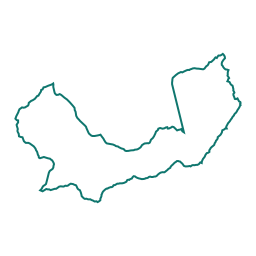 outline of Silvanópolis, Tocantins, Brazil
{"feature_id": "56859067B70110424139834", "entity_name": "Silvanópolis", "entity_type": "district", "adm_level": 2, "iso_a3": "BRA", "parent_name": "Brazil", "parent_adm1": "Tocantins", "projection": "orthographic", "projection_center": [-47.989, -11.112], "detail": "fine", "context": "isolated", "style": "outline", "palette": "teal", "viewbox_px": 256, "rotation_deg": 0, "n_neighbors": 0, "source": "geoboundaries", "source_scale": "gbopen_adm2", "svg_char_len": 5326}
<svg xmlns="http://www.w3.org/2000/svg" viewBox="0 0 256 256"><path d="M40.2,190.3L42.6,191.3L44.7,190.0L46.3,189.0L47.8,189.4L49.3,189.4L50.6,190.1L53.2,189.3L54.7,188.8L56.1,188.8L57.2,188.1L59.0,186.7L60.6,186.3L62.5,186.5L63.8,186.5L65.3,185.7L66.9,185.9L68.1,185.5L69.3,184.5L70.7,183.7L71.9,183.9L73.1,184.1L74.4,184.8L75.9,185.2L76.6,186.3L77.1,187.5L77.6,188.6L78.5,189.5L79.9,190.2L80.4,191.4L80.8,192.4L81.1,193.5L81.4,194.6L81.7,196.2L82.8,197.3L83.8,198.3L84.9,198.9L86.4,198.7L88.0,199.3L89.3,199.3L90.4,199.3L91.4,200.0L92.9,200.5L94.6,201.5L96.5,201.3L97.6,202.1L98.9,201.4L100.3,200.3L100.4,198.5L101.0,197.4L101.5,195.9L101.5,194.6L102.1,193.7L102.4,192.6L103.1,191.5L104.0,190.6L105.2,189.5L106.5,188.6L107.6,188.6L108.4,187.9L109.5,187.6L110.6,187.1L111.8,187.1L112.7,186.6L113.6,185.2L114.9,185.1L115.9,184.5L117.2,183.7L118.7,183.7L119.7,183.3L121.0,183.3L122.2,183.3L123.7,183.0L125.1,182.4L126.4,181.7L127.2,180.1L128.3,179.7L129.3,179.9L130.3,179.0L131.8,178.6L132.5,177.3L133.6,176.2L135.0,176.4L136.3,177.4L137.4,177.9L138.8,178.4L140.2,178.7L141.7,179.1L143.5,179.0L144.9,178.7L145.8,178.2L147.0,178.1L148.0,177.7L149.0,176.9L150.1,176.6L151.3,177.0L152.8,177.0L154.1,176.6L155.5,176.5L156.6,176.0L157.9,174.6L159.5,173.3L160.7,172.6L162.4,172.2L164.3,172.3L165.3,171.7L166.2,170.9L167.4,170.0L168.4,168.9L169.3,168.4L170.3,167.8L170.6,166.8L171.6,165.6L172.9,164.5L174.0,163.3L174.9,162.5L175.8,162.0L176.8,161.1L178.1,161.0L179.1,161.4L180.2,161.6L181.0,162.5L182.1,163.4L183.0,164.5L183.8,165.8L185.3,166.4L186.3,166.4L188.1,166.3L189.5,166.0L190.6,166.4L191.7,165.5L192.8,165.1L194.5,165.2L195.9,164.9L197.3,164.9L198.8,164.2L199.6,163.2L200.3,162.4L201.7,163.0L201.8,161.7L202.3,160.4L203.0,158.9L203.9,157.8L204.8,156.6L205.3,155.2L206.1,154.0L206.8,153.1L208.3,152.7L209.4,151.9L209.3,150.3L210.0,149.3L210.7,148.0L211.9,146.8L213.3,145.7L214.2,144.9L214.7,143.2L215.5,142.1L216.0,140.7L217.1,139.5L217.7,138.4L217.7,137.2L218.5,136.5L219.5,135.7L220.5,134.8L221.2,133.7L221.9,132.4L222.3,130.3L224.1,129.5L225.1,128.6L226.7,128.5L226.1,127.2L226.7,125.7L227.5,124.4L227.9,123.4L228.9,122.3L230.1,120.8L230.9,119.4L231.8,118.4L232.3,117.3L233.1,116.3L233.9,115.5L234.2,114.6L234.9,113.6L236.0,112.7L236.9,111.3L237.6,109.9L238.6,108.5L239.4,107.2L239.8,106.1L240.6,105.1L240.0,104.0L240.6,103.1L240.3,102.0L239.1,101.4L238.4,100.2L237.5,98.4L236.1,99.1L234.8,98.9L234.5,97.8L233.9,96.3L233.4,95.0L233.4,93.9L234.4,92.7L234.0,91.6L233.3,90.6L233.4,89.1L233.1,88.1L232.9,87.0L232.5,85.6L231.6,85.1L230.7,84.3L230.1,83.1L229.5,82.0L228.4,81.6L227.4,81.3L227.9,80.3L228.2,79.1L229.1,78.1L228.3,76.8L227.5,75.7L227.8,74.4L227.7,73.1L227.9,71.7L228.5,70.1L227.1,69.6L225.5,69.4L224.2,68.3L223.2,67.0L222.6,65.8L221.8,65.0L221.7,63.7L222.0,62.2L222.7,61.1L223.3,60.1L224.1,59.2L225.0,58.2L224.7,56.4L223.7,54.8L222.8,53.9L221.5,54.9L220.2,55.5L218.5,55.5L217.7,56.5L216.8,58.0L215.5,57.4L214.7,58.3L214.1,59.3L212.8,60.5L211.3,61.9L209.1,62.3L208.5,63.9L207.6,65.4L206.3,66.2L204.4,68.7L203.1,69.3L200.8,69.0L198.8,68.7L196.7,68.6L195.7,68.4L194.3,68.2L192.5,68.5L191.5,69.0L190.3,69.3L189.3,70.0L188.0,69.9L186.8,70.2L185.7,70.7L183.8,71.6L182.3,72.4L181.0,72.0L178.2,73.3L175.8,75.1L174.5,76.3L172.8,77.8L172.4,79.2L172.3,80.9L172.1,82.3L172.1,84.3L183.9,132.3L182.5,131.4L181.7,130.1L181.2,129.1L180.0,129.6L178.7,129.8L177.1,130.4L175.0,128.3L173.6,127.0L172.2,126.7L171.3,127.4L168.9,128.5L167.7,128.5L167.3,127.2L166.0,127.4L164.4,128.3L162.6,128.7L160.1,128.0L158.3,128.7L157.9,130.0L157.0,130.8L156.0,131.6L155.3,133.6L154.6,135.0L154.0,136.3L152.7,138.2L151.6,139.1L150.8,140.0L150.4,141.3L149.7,142.7L148.6,143.3L147.2,143.2L144.5,143.5L143.1,144.4L141.9,145.2L141.3,146.3L140.5,147.4L139.6,148.0L138.5,148.8L137.2,149.4L135.8,149.6L134.7,149.7L133.8,150.2L130.9,150.4L128.3,150.9L126.1,151.0L124.7,150.4L124.1,149.4L122.9,148.8L121.5,148.5L120.1,147.8L118.9,147.2L118.0,146.5L115.9,146.1L114.8,145.3L112.9,144.5L111.2,144.2L106.8,143.4L105.6,142.4L104.1,140.0L103.4,138.6L101.9,136.7L100.5,134.7L99.2,135.1L97.4,135.5L94.6,136.0L92.5,136.0L91.3,135.6L89.0,133.6L88.4,132.5L86.4,128.0L86.1,126.9L85.1,125.7L80.0,120.9L79.2,119.9L77.3,117.9L76.2,115.8L75.8,113.1L75.5,111.5L74.8,110.3L74.5,107.8L72.8,105.7L69.8,102.3L68.3,100.8L66.9,99.4L65.3,98.3L64.0,97.3L62.4,95.9L61.2,94.9L59.7,94.1L58.1,94.8L56.4,94.9L54.9,93.4L54.5,92.2L53.3,87.0L53.3,85.7L53.4,84.6L53.2,83.5L51.7,84.5L50.3,85.0L48.3,85.7L46.5,86.5L45.4,87.0L43.5,87.4L43.0,88.6L42.5,89.5L41.2,89.9L40.9,91.6L39.4,93.9L38.4,95.7L37.3,95.9L34.8,98.9L32.6,100.3L31.3,100.8L28.8,102.8L28.5,104.8L27.8,105.8L26.3,106.6L25.1,107.4L23.5,107.7L22.0,107.4L21.1,108.1L19.5,109.2L18.8,110.7L18.3,112.3L16.3,116.2L15.4,118.7L16.8,120.2L18.1,120.4L18.1,122.5L17.4,123.5L16.6,124.9L17.0,126.5L17.5,128.0L17.8,129.1L17.5,130.2L17.5,131.3L18.0,132.5L18.7,133.7L19.0,136.3L20.5,136.9L22.5,137.3L23.0,138.7L23.9,141.2L25.6,142.8L27.2,142.9L28.5,142.9L29.8,143.5L32.3,145.3L33.8,146.4L35.5,148.6L36.0,150.1L37.1,151.8L37.4,152.8L37.9,154.8L38.6,155.8L38.9,157.6L40.0,158.2L43.9,157.0L45.1,157.4L48.0,158.3L50.0,158.7L51.0,159.6L52.2,160.4L53.5,162.6L54.0,164.1L53.5,165.9L53.3,167.6L52.5,169.0L49.8,170.9L48.9,172.6L47.1,179.8L46.0,184.0L44.6,185.2L43.4,185.9L42.7,186.8L41.6,188.9L40.2,190.3Z" fill="none" stroke="#0f766e" stroke-width="2"/></svg>